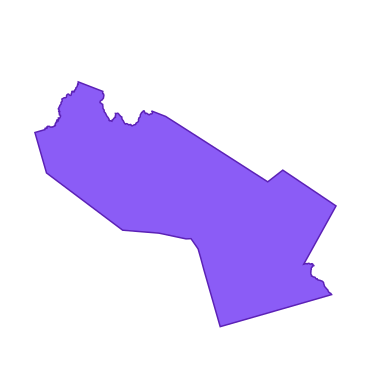 the district of Goilala District, Central, Papua New Guinea, rotated 344°
{"feature_id": "67681753B69138708409100", "entity_name": "Goilala District", "entity_type": "district", "adm_level": 2, "iso_a3": "PNG", "parent_name": "Papua New Guinea", "parent_adm1": "Central", "projection": "natural_earth1", "projection_center": [146.873, -8.324], "detail": "fine", "context": "isolated", "style": "filled", "palette": "violet", "viewbox_px": 384, "rotation_deg": 344, "n_neighbors": 0, "source": "geoboundaries", "source_scale": "gbopen_adm2", "svg_char_len": 5183}
<svg xmlns="http://www.w3.org/2000/svg" viewBox="0 0 384 384"><g transform="rotate(344 192 192)"><path d="M113.0,54.8L112.7,55.7L112.0,56.6L112.3,57.0L112.2,57.3L111.5,57.5L111.2,58.0L111.1,58.3L110.6,59.0L109.9,59.5L109.3,59.7L108.9,60.2L108.8,60.9L108.4,61.2L107.9,61.3L107.0,62.3L106.7,62.9L106.3,63.3L106.0,63.3L105.8,63.1L105.6,62.4L104.3,62.2L104.1,62.5L104.2,63.1L103.9,63.4L103.5,63.6L103.1,64.2L102.7,65.2L102.2,65.7L101.7,65.6L101.2,65.4L100.9,65.0L100.7,64.6L100.6,64.3L100.3,63.9L99.9,63.7L99.2,63.8L98.3,64.3L97.8,65.1L97.6,65.9L97.3,66.3L97.0,66.4L96.5,66.5L95.9,66.4L95.4,66.2L94.7,66.2L93.5,66.6L92.8,66.6L92.5,67.0L92.4,68.3L92.2,68.9L92.0,69.1L91.7,69.3L91.1,69.5L90.8,69.8L90.7,70.2L90.7,70.7L90.5,71.1L89.9,71.7L89.0,72.2L88.6,72.7L88.2,73.6L87.7,73.7L87.3,74.2L87.2,74.6L86.9,74.9L86.4,75.2L86.4,75.5L86.7,75.9L86.8,76.3L86.8,77.0L86.7,77.3L86.1,77.5L86.1,77.8L86.7,77.8L87.0,78.0L87.0,78.4L86.8,78.6L86.6,78.6L86.3,79.0L86.4,79.8L86.0,80.1L86.1,80.4L86.1,80.6L85.8,81.1L85.8,81.4L86.7,82.0L86.5,83.0L85.4,84.3L84.9,84.4L84.8,84.6L84.5,84.7L84.4,84.5L84.4,84.2L84.0,84.0L83.8,84.5L83.9,85.3L83.0,86.6L82.5,85.5L82.2,85.5L82.1,86.5L81.8,86.9L81.4,86.5L81.1,86.9L81.1,87.6L80.9,87.9L80.7,87.9L80.0,88.0L79.9,88.2L79.1,89.1L79.1,89.6L79.2,89.9L79.1,90.3L78.9,90.6L78.7,90.6L78.3,90.3L78.1,90.3L77.9,90.4L77.8,90.7L77.6,90.9L76.8,91.0L76.2,90.9L75.9,91.1L75.5,91.1L75.2,90.8L74.4,90.9L74.0,90.7L73.4,90.2L73.3,89.8L73.0,89.6L71.8,89.2L71.4,89.1L71.1,89.6L70.9,89.7L70.7,89.4L70.3,89.6L70.4,90.1L70.2,90.6L70.0,90.8L69.5,90.6L68.9,90.5L68.6,90.2L68.3,90.3L67.8,91.5L57.4,91.5L57.4,133.6L114.8,209.6L148.8,222.4L173.3,235.4L178.2,236.6L182.2,248.4L182.2,257.8L182.0,270.0L182.0,329.2L240.1,329.2L297.9,329.1L297.4,327.7L296.3,326.6L295.9,326.1L295.8,325.4L295.5,324.6L295.6,323.8L294.8,322.3L294.4,321.4L294.2,321.0L294.0,320.5L293.7,319.9L293.5,319.5L293.3,319.1L293.4,318.5L293.5,318.0L293.4,317.7L293.3,317.4L293.3,316.8L293.4,316.2L293.5,315.7L293.4,315.2L293.3,314.8L293.1,314.4L292.7,313.9L292.4,313.4L291.2,312.7L290.9,312.4L290.8,312.2L290.4,312.0L290.1,312.0L289.8,311.9L289.4,311.5L288.7,311.1L288.5,310.8L288.5,310.3L288.4,309.9L287.8,309.8L287.5,309.8L287.2,309.3L287.0,308.6L286.8,308.0L286.5,307.7L285.9,307.4L285.3,307.1L285.0,306.9L284.7,306.4L284.4,306.2L284.1,305.9L283.7,305.7L283.8,305.4L283.9,305.2L284.0,305.0L283.8,304.6L283.7,304.2L283.7,303.3L283.8,302.9L283.9,302.2L284.1,302.0L284.3,301.7L284.4,301.3L284.3,300.9L284.5,300.6L285.1,299.6L285.4,299.1L285.4,298.6L285.6,298.1L286.0,297.7L286.5,297.4L286.8,297.3L286.9,297.0L287.1,296.8L287.2,296.5L287.8,296.5L288.7,296.5L288.8,296.3L288.5,296.2L288.4,295.8L288.3,295.6L288.1,295.3L288.3,294.9L288.2,294.7L287.8,294.1L287.6,294.1L287.1,293.9L286.8,294.2L285.9,293.9L285.8,293.7L285.6,293.6L285.4,293.5L285.0,293.3L284.8,292.8L284.2,292.7L283.9,292.6L282.8,292.9L282.5,292.6L282.2,292.3L281.9,292.3L281.7,292.3L281.4,292.2L281.1,292.2L279.5,292.2L326.6,245.1L285.3,196.0L267.6,203.1L198.4,124.4L187.5,112.1L175.4,102.9L175.6,103.3L175.8,104.0L175.9,104.7L175.6,105.3L175.0,105.8L174.4,105.8L173.8,105.5L172.3,106.0L172.1,106.0L171.8,105.6L171.4,105.5L171.1,105.0L170.8,104.7L170.3,104.0L170.2,103.8L169.6,103.7L169.1,103.8L168.8,103.7L168.7,103.4L168.7,102.9L168.6,102.3L168.5,101.9L168.3,101.5L168.4,101.1L168.2,100.7L167.8,100.7L167.1,100.9L166.9,101.3L166.5,101.5L165.9,101.6L165.6,101.6L165.2,102.0L164.9,102.4L164.4,102.8L163.7,103.4L163.5,103.8L163.3,104.4L163.2,104.9L162.9,105.4L162.5,105.7L162.0,106.0L161.6,106.0L160.6,107.4L160.2,108.8L159.9,109.4L159.6,109.6L158.9,109.9L158.1,110.1L157.4,110.3L156.9,110.7L156.7,111.2L156.5,111.4L156.1,111.6L155.4,111.5L154.9,111.5L154.1,111.6L153.6,111.8L152.9,111.9L152.3,111.7L152.0,111.3L151.8,111.0L151.9,110.5L151.7,110.2L151.4,110.1L150.8,110.1L150.3,110.0L149.7,110.0L149.3,109.5L148.8,108.9L148.5,108.6L148.1,108.3L147.6,108.2L146.8,108.4L146.6,108.3L146.2,107.4L145.9,106.7L145.7,105.3L145.6,104.7L145.3,104.0L145.0,103.2L144.9,102.7L144.9,101.9L144.9,101.5L145.2,100.8L145.2,100.5L145.0,100.3L144.6,100.1L144.1,99.2L143.9,98.7L143.7,98.4L143.4,97.9L143.2,97.3L143.1,96.9L142.8,96.4L142.4,95.8L141.8,95.8L141.1,95.7L140.5,95.8L140.2,95.6L140.0,95.4L139.9,95.6L140.0,96.1L139.9,96.6L139.8,97.0L139.6,97.2L139.5,97.6L139.0,98.0L139.1,98.6L139.1,99.0L138.9,99.2L138.3,99.2L137.9,99.2L137.7,99.5L137.3,99.8L137.0,99.8L136.8,99.9L136.6,100.2L136.2,100.6L135.8,100.8L135.3,100.7L135.1,100.8L134.5,101.9L134.2,101.7L133.8,101.5L133.5,101.1L132.5,100.9L132.0,100.4L132.0,100.2L132.3,99.8L132.3,99.4L132.2,98.6L132.0,97.8L131.8,97.2L131.6,96.7L131.2,95.9L131.0,95.2L130.8,94.1L130.7,93.3L130.6,92.6L130.4,92.0L130.1,91.4L129.7,90.6L129.9,89.9L130.1,89.2L130.1,88.8L129.8,88.2L129.6,87.7L129.5,87.0L129.7,86.2L129.8,85.6L130.0,85.0L130.0,84.4L130.2,83.7L130.3,83.4L130.3,83.1L129.3,82.1L129.0,81.4L128.2,80.7L128.3,80.4L128.5,79.9L128.8,79.6L129.0,79.3L129.8,79.0L130.5,78.7L131.1,78.7L131.5,78.3L132.1,77.8L132.7,77.4L133.3,76.1L133.8,75.2L133.9,74.7L134.0,74.0L134.0,73.4L133.9,73.2L133.4,73.0L133.3,72.7L133.4,72.3L133.6,71.6L133.8,71.2L133.9,70.9L134.0,70.7L126.6,65.1L113.0,54.8Z" fill="#8b5cf6" stroke="#5b21b6" stroke-width="1.5"/></g></svg>